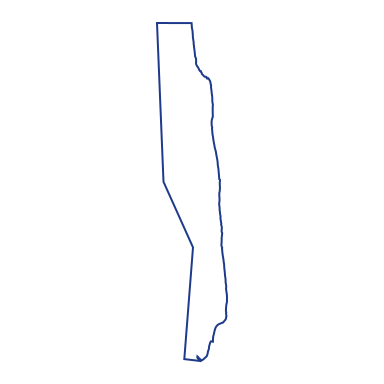 Chelab, Ngaraard, Palau (Equal Earth projection)
{"feature_id": "81905179B54071498694988", "entity_name": "Chelab", "entity_type": "district", "adm_level": 2, "iso_a3": "PLW", "parent_name": "Palau", "parent_adm1": "Ngaraard", "projection": "equal_earth", "projection_center": [134.645, 7.643], "detail": "fine", "context": "isolated", "style": "outline", "palette": "blue", "viewbox_px": 384, "rotation_deg": 0, "n_neighbors": 0, "source": "geoboundaries", "source_scale": "gbopen_adm2", "svg_char_len": 2873}
<svg xmlns="http://www.w3.org/2000/svg" viewBox="0 0 384 384"><path d="M184.3,359.1L200.3,361.0L200.2,360.7L199.7,360.1L199.6,359.6L199.0,359.4L198.5,359.0L197.7,358.2L197.3,357.3L197.4,356.5L197.6,356.7L197.9,356.8L198.5,357.6L198.9,358.1L199.4,358.6L200.0,359.0L200.7,359.8L201.6,360.3L202.8,359.8L204.2,358.6L205.7,357.2L206.9,356.0L207.7,353.3L207.9,351.7L208.5,350.1L209.0,348.2L209.1,346.4L209.7,344.3L210.2,342.6L211.0,341.3L212.9,341.7L213.0,339.0L213.1,337.4L213.3,336.1L213.6,335.1L214.8,329.9L215.7,327.4L216.3,326.5L217.3,325.3L218.4,324.4L219.2,324.0L220.3,323.6L221.5,323.0L223.0,322.6L223.3,322.1L224.2,321.2L224.7,320.5L225.4,319.7L226.0,318.6L226.2,316.7L226.5,316.0L226.2,314.6L226.0,313.3L226.3,312.4L226.0,311.5L225.9,310.7L226.0,309.0L226.1,306.9L226.3,305.6L226.4,304.2L226.9,302.4L227.0,297.7L226.9,295.0L226.2,290.0L226.0,288.2L226.2,287.3L226.2,285.9L226.0,284.5L225.7,282.9L225.6,281.9L225.6,280.1L225.4,277.8L225.0,275.5L224.9,273.6L224.7,271.4L224.4,268.9L224.2,267.1L224.2,265.7L224.0,263.7L223.7,262.0L223.5,259.8L223.3,258.7L223.1,257.5L222.9,256.3L222.6,254.3L222.4,252.8L222.3,251.3L222.0,248.9L222.2,247.7L221.6,246.4L221.4,245.2L221.4,244.1L221.6,243.4L221.6,241.2L221.7,240.0L221.6,238.4L221.8,236.8L222.0,235.2L222.2,233.0L221.8,232.1L221.6,231.2L221.7,229.2L221.9,228.1L221.6,226.0L221.1,224.7L221.3,223.6L220.8,220.8L220.4,217.4L220.6,216.4L220.2,214.6L220.0,213.1L219.9,211.8L219.7,210.6L219.6,209.6L219.6,208.2L219.5,206.6L219.2,205.1L219.2,203.2L219.5,200.8L219.5,198.5L219.4,197.0L219.3,195.2L219.3,192.8L219.7,191.6L219.8,190.0L219.9,188.5L220.0,187.2L219.8,185.5L219.8,183.7L219.7,182.7L220.0,181.1L219.9,179.7L219.3,179.3L219.2,178.1L218.6,170.9L218.3,167.9L218.0,166.4L217.8,164.9L217.7,163.1L217.5,161.1L217.2,159.2L216.6,156.2L216.1,153.3L215.9,151.8L214.7,147.4L214.4,145.3L214.1,143.9L213.8,142.5L213.5,140.4L213.2,138.6L213.0,136.7L212.5,134.4L212.3,131.8L212.0,128.4L212.2,127.3L211.8,126.1L211.6,124.5L211.6,122.8L211.6,121.3L211.9,119.6L212.2,118.5L212.8,116.9L212.8,114.7L212.7,112.6L212.7,109.5L212.7,106.9L212.9,104.5L212.4,102.2L212.3,100.4L212.3,97.9L212.1,95.6L211.7,93.1L211.5,90.6L211.1,87.9L211.0,86.3L211.1,85.2L210.7,84.4L210.6,83.2L210.4,82.4L210.0,81.0L209.6,80.3L209.1,79.3L208.2,78.2L207.9,78.3L207.4,78.6L206.8,78.4L206.8,77.8L206.6,77.2L206.2,77.0L205.6,76.7L205.0,76.8L204.4,76.6L203.7,75.8L202.7,74.8L201.8,73.8L201.7,73.0L201.4,72.3L201.0,72.0L200.9,71.6L200.7,71.0L200.1,71.1L199.5,70.4L199.0,69.3L198.5,68.3L197.8,67.0L197.0,66.1L196.2,64.3L195.9,62.7L196.2,61.9L196.1,60.6L196.0,58.5L195.1,56.5L195.0,55.2L194.8,53.2L194.5,50.2L194.2,48.2L194.0,46.7L193.9,45.4L193.7,44.2L193.6,43.6L193.7,42.7L193.3,40.0L192.9,37.4L192.8,34.7L192.6,32.3L192.5,30.7L192.0,28.5L191.8,26.8L191.7,24.8L191.6,23.1L157.0,23.0L163.5,181.8L193.0,247.4L184.3,359.1Z" fill="none" stroke="#1e3a8a" stroke-width="2"/></svg>